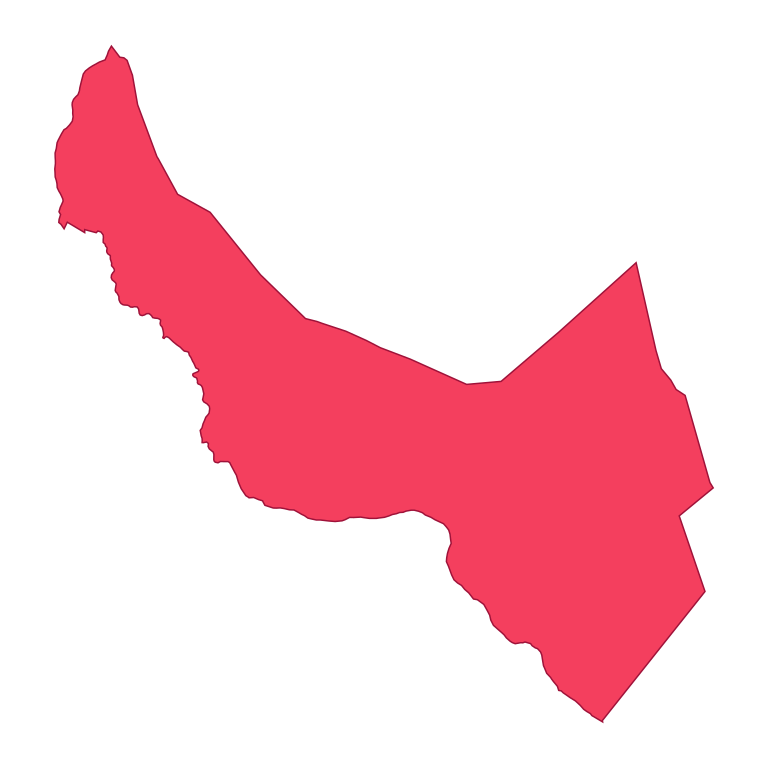 outline of Santa Catalina Quierí, Oaxaca, Mexico
{"feature_id": "50627088B85456617713752", "entity_name": "Santa Catalina Quierí", "entity_type": "district", "adm_level": 2, "iso_a3": "MEX", "parent_name": "Mexico", "parent_adm1": "Oaxaca", "projection": "mercator", "projection_center": [-96.271, 16.336], "detail": "fine", "context": "isolated", "style": "filled", "palette": "rose", "viewbox_px": 768, "rotation_deg": 0, "n_neighbors": 0, "source": "geoboundaries", "source_scale": "gbopen_adm2", "svg_char_len": 4339}
<svg xmlns="http://www.w3.org/2000/svg" viewBox="0 0 768 768"><path d="M64.1,228.8L67.3,222.2L77.5,228.3L84.7,232.6L84.7,229.6L96.2,232.7L97.9,231.0L100.9,232.0L102.5,234.0L103.2,235.1L103.4,237.5L103.2,239.5L103.2,241.2L103.2,242.4L103.8,243.0L105.0,244.0L105.7,246.2L106.8,247.3L107.1,248.5L106.7,250.7L106.8,252.0L107.7,253.7L109.3,254.9L110.2,255.5L110.4,256.0L110.3,256.8L110.3,258.0L110.4,259.3L110.6,259.8L111.2,261.6L111.7,263.3L111.5,264.9L111.6,265.8L113.0,267.3L114.0,268.8L114.4,270.3L114.1,271.4L112.9,272.7L111.5,275.0L111.2,277.7L112.2,279.9L114.1,281.4L115.6,282.8L116.2,284.1L115.6,287.6L115.2,290.5L115.9,292.1L116.8,292.8L118.0,294.8L118.9,296.6L118.9,298.2L119.0,299.8L119.9,302.0L121.0,303.5L122.9,304.7L124.3,305.0L127.5,305.2L129.1,305.9L130.4,307.0L132.4,307.2L134.5,306.7L137.1,306.9L138.5,308.7L138.9,310.8L139.2,313.3L140.2,315.0L142.2,315.6L144.6,314.9L146.6,313.7L149.1,313.6L150.6,314.8L151.8,316.1L152.7,317.6L154.7,318.1L157.8,318.4L159.6,319.2L160.6,320.1L160.5,321.3L160.1,323.4L160.5,325.1L162.2,327.1L162.8,329.2L163.4,332.2L163.6,334.5L163.5,335.9L162.8,337.4L163.2,338.1L164.1,338.4L165.1,337.2L166.8,336.6L169.0,337.8L173.3,341.9L176.7,344.7L180.3,347.2L182.6,349.6L184.3,351.1L187.0,351.6L188.6,352.3L189.3,355.1L191.0,357.6L192.7,361.4L193.6,362.8L194.4,364.5L195.1,366.1L195.8,367.8L197.2,368.6L198.3,369.1L198.8,370.1L198.7,370.8L198.0,371.6L195.7,372.6L194.3,373.2L193.1,373.7L192.8,374.6L192.8,375.3L193.6,376.5L195.3,377.4L196.4,377.8L196.9,378.4L197.0,379.3L197.4,380.4L197.5,381.4L197.4,382.7L198.2,384.0L199.9,384.6L201.3,385.6L202.4,387.5L203.1,390.6L203.8,393.8L203.2,397.0L202.6,399.8L203.7,401.8L207.1,403.9L209.3,406.3L209.7,408.8L209.1,413.1L208.0,414.7L205.8,417.2L204.4,420.8L203.1,423.7L202.0,427.9L200.2,430.4L201.2,435.8L202.1,438.5L202.2,440.5L202.1,442.6L203.2,442.7L206.6,442.0L208.4,443.5L208.1,446.5L209.3,448.9L212.2,451.3L213.2,452.0L213.9,454.5L213.8,459.6L214.1,461.0L215.2,462.2L218.0,462.8L220.4,461.5L225.3,461.6L228.1,461.6L229.7,462.6L231.0,465.2L234.7,472.2L236.4,475.2L238.4,482.1L241.2,488.7L245.8,495.6L248.8,497.5L249.0,497.8L253.7,497.5L258.6,499.6L262.6,500.8L263.1,502.0L264.9,505.3L267.4,506.1L273.2,508.0L276.2,508.1L280.2,507.9L284.4,508.6L289.5,509.8L294.0,510.0L299.1,512.8L301.4,514.2L304.5,515.7L307.9,518.1L311.2,518.9L316.4,520.0L320.4,520.0L329.0,521.0L335.1,521.5L342.1,520.8L345.1,519.7L349.6,517.4L353.6,517.5L360.8,517.1L363.1,517.5L369.4,518.4L376.3,518.4L378.8,518.0L384.5,517.3L389.0,515.9L392.4,514.5L396.4,513.7L399.6,512.5L403.1,512.3L406.1,511.1L411.2,510.2L414.2,510.2L418.4,511.2L422.4,512.7L425.3,515.0L431.0,517.3L434.9,519.7L443.5,523.7L446.2,526.7L448.7,530.0L450.0,534.1L450.6,539.4L451.2,543.4L449.0,548.4L447.5,553.3L446.7,557.8L446.4,561.6L448.5,566.3L451.6,574.8L454.0,579.8L457.6,583.0L461.5,585.4L464.8,589.5L468.7,592.8L473.5,599.0L477.4,599.7L483.8,604.4L487.5,611.0L489.7,615.2L490.8,620.1L493.5,625.4L500.2,631.3L504.0,634.7L506.4,637.9L510.1,641.2L512.3,642.6L515.2,643.7L520.7,642.7L522.9,642.8L525.0,642.0L530.6,643.6L532.1,645.7L535.3,647.9L537.5,648.6L540.6,652.0L541.8,655.1L542.7,660.9L543.5,665.7L544.5,667.9L546.7,673.3L550.5,677.3L551.7,679.2L553.5,681.6L557.4,686.3L558.7,690.4L561.3,690.9L563.2,692.8L570.4,697.8L575.4,700.9L580.2,705.3L583.7,709.3L586.8,711.5L590.4,713.6L591.9,715.6L602.6,721.9L602.4,720.5L705.0,591.5L679.2,515.9L713.2,487.9L709.9,482.5L685.1,395.4L676.1,389.5L670.8,380.1L661.3,368.7L656.0,350.6L636.1,262.7L558.6,332.3L501.1,381.4L466.6,384.4L410.2,359.1L380.3,347.7L366.4,340.5L345.8,331.2L322.5,323.5L317.0,321.5L305.5,318.6L260.5,274.8L210.1,212.3L177.6,194.3L158.5,159.2L156.9,156.6L137.6,104.7L132.4,75.0L131.8,73.5L127.1,60.4L123.9,57.8L119.8,57.2L111.4,46.1L108.5,51.2L107.2,55.2L106.3,57.1L105.1,59.9L99.5,62.0L92.6,65.8L89.3,67.9L85.5,70.9L83.3,74.0L81.8,79.8L80.8,83.8L79.8,88.0L79.4,90.9L78.0,94.7L75.7,96.9L73.6,99.3L72.3,102.5L72.1,104.9L72.8,110.1L72.7,113.4L73.1,116.8L72.3,121.2L69.5,125.0L66.3,128.4L64.0,129.7L61.7,133.5L58.4,139.8L57.1,142.7L56.3,148.5L55.1,153.0L55.2,157.4L55.4,160.5L55.4,163.8L54.8,169.0L55.0,172.1L55.2,177.0L56.3,180.4L57.0,183.8L57.2,187.6L58.9,191.2L60.4,193.7L61.5,196.0L62.8,198.9L63.1,201.1L61.4,205.0L60.3,207.3L59.0,211.8L60.6,214.5L59.1,219.4L58.8,222.5L61.0,224.3L64.1,228.8Z" fill="#f43f5e" stroke="#9f1239" stroke-width="1.5"/></svg>